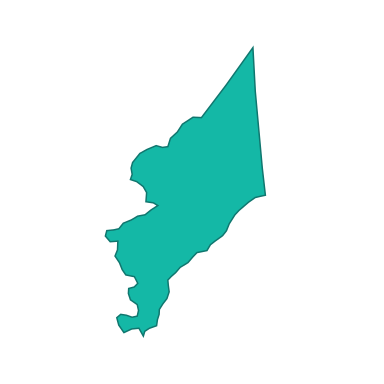 the district of Pedra Mole, Sergipe, Brazil, rotated 28°
{"feature_id": "56859067B37266800434782", "entity_name": "Pedra Mole", "entity_type": "district", "adm_level": 2, "iso_a3": "BRA", "parent_name": "Brazil", "parent_adm1": "Sergipe", "projection": "orthographic", "projection_center": [-37.683, -10.623], "detail": "fine", "context": "isolated", "style": "filled", "palette": "teal", "viewbox_px": 384, "rotation_deg": 28, "n_neighbors": 0, "source": "geoboundaries", "source_scale": "gbopen_adm2", "svg_char_len": 1234}
<svg xmlns="http://www.w3.org/2000/svg" viewBox="0 0 384 384"><g transform="rotate(28 192 192)"><path d="M178.0,35.9L171.9,81.8L165.4,121.9L157.8,125.5L151.7,136.6L150.9,146.0L147.8,154.7L149.4,163.3L145.0,166.5L138.6,167.9L132.3,175.6L127.9,182.4L125.7,193.8L127.0,199.5L130.9,204.5L131.8,209.9L138.3,208.8L146.4,210.1L152.2,213.8L155.9,222.2L163.0,219.7L168.2,220.0L164.3,227.0L161.2,234.2L155.4,238.8L151.5,245.2L146.0,251.8L144.7,258.8L140.7,262.2L134.9,266.1L136.2,271.6L143.1,274.3L149.6,270.2L153.4,278.1L154.1,284.7L161.2,288.5L166.8,293.3L172.5,296.3L180.9,293.8L187.0,298.1L185.6,303.0L181.4,306.9L183.5,311.5L188.3,316.1L196.5,317.1L200.4,321.7L201.9,327.3L197.9,330.7L192.0,331.6L186.5,333.5L184.6,338.3L189.8,343.9L197.9,348.1L203.1,341.2L209.1,337.2L216.7,342.1L215.7,337.2L218.3,332.4L223.5,326.7L221.4,320.9L220.4,315.5L218.3,311.0L218.8,304.3L219.9,297.9L218.7,290.9L214.8,285.4L212.0,281.1L213.3,276.4L215.4,270.9L216.9,264.1L221.6,256.2L223.2,249.0L224.8,243.2L232.7,236.7L233.0,229.9L235.5,224.3L239.5,216.2L240.6,210.1L239.8,202.6L240.6,192.0L242.2,186.0L244.4,180.4L246.7,174.5L250.4,167.2L254.6,163.5L258.3,160.4L242.9,138.0L200.6,73.4L178.0,35.9Z" fill="#14b8a6" stroke="#0f766e" stroke-width="1.5"/></g></svg>